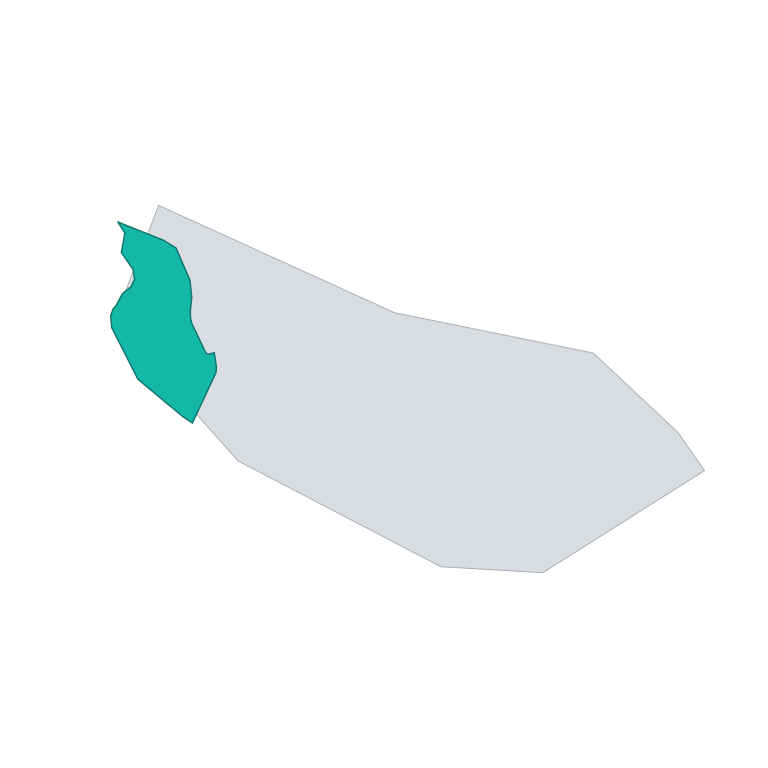 Dominica, with Saint Patrick highlighted, rotated 126°
{"feature_id": "DMA-1439", "entity_name": "Saint Patrick", "entity_type": "Parish", "adm_level": 1, "iso_a3": "DMA", "parent_name": "Dominica", "parent_adm1": "", "projection": "robinson", "projection_center": [-61.309, 15.272], "detail": "fine", "context": "in_parent", "style": "filled", "palette": "teal", "viewbox_px": 768, "rotation_deg": 126, "n_neighbors": 0, "source": "natural_earth", "source_scale": "10m", "svg_char_len": 700}
<svg xmlns="http://www.w3.org/2000/svg" viewBox="0 0 768 768"><g transform="rotate(126 384 384)"><path d="M492.6,639.2L372.0,671.2L320.1,417.2L236.0,232.8L250.5,117.5L265.7,73.8L443.3,144.6L498.3,230.4L532.0,456.5L492.6,639.2Z" fill="#d9dde1" stroke="#a8b0b8" stroke-width="1"/><path d="M528.2,516.1L528.6,527.8L524.8,585.8L498.4,637.5L489.1,645.4L482.8,647.2L477.8,646.8L464.7,648.7L453.8,645.8L445.6,647.5L438.7,654.6L432.1,673.7L414.1,682.4L409.9,693.2L409.3,694.2L397.4,646.9L396.2,632.2L414.1,602.0L426.9,590.5L438.8,583.6L444.0,579.6L447.7,575.6L463.5,546.5L463.7,544.3L463.1,543.4L458.5,539.7L468.8,529.5L473.7,526.6L528.2,516.1Z" fill="#14b8a6" stroke="#0f766e" stroke-width="1.5"/></g></svg>